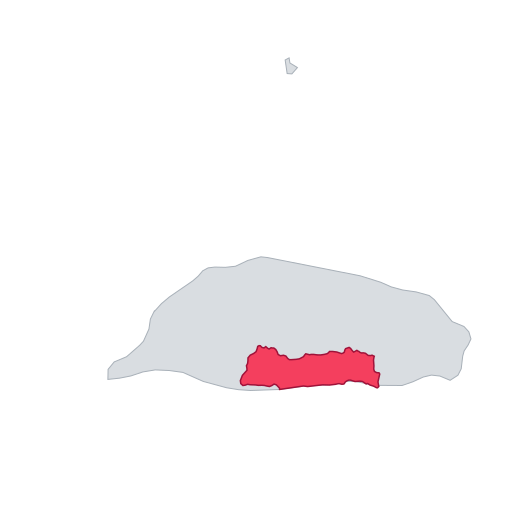 Taiwan, with Hualien highlighted, rotated 72°
{"feature_id": "TWN-1172", "entity_name": "Hualien", "entity_type": "County", "adm_level": 1, "iso_a3": "TWN", "parent_name": "Taiwan", "parent_adm1": "", "projection": "mercator", "projection_center": [121.379, 23.74], "detail": "fine", "context": "in_parent", "style": "filled", "palette": "rose", "viewbox_px": 512, "rotation_deg": 72, "n_neighbors": 0, "source": "natural_earth", "source_scale": "10m", "svg_char_len": 2593}
<svg xmlns="http://www.w3.org/2000/svg" viewBox="0 0 512 512"><g transform="rotate(72 256 256)"><path d="M344.1,361.5L338.1,373.9L333.2,387.0L331.3,399.4L331.4,412.1L330.0,423.6L327.6,435.0L318.1,431.7L312.9,423.6L311.8,410.2L304.9,394.1L302.3,389.4L292.4,380.4L283.3,375.9L276.4,369.2L277.3,369.7L272.1,360.7L268.2,351.1L260.1,323.8L257.3,317.2L253.6,311.2L252.5,305.2L253.8,298.6L257.3,288.7L259.4,278.7L257.7,265.1L258.3,251.6L261.0,245.6L307.0,163.1L319.5,145.5L327.2,136.9L333.6,127.1L339.7,114.7L347.2,103.4L352.6,99.9L379.0,89.7L387.3,80.0L393.9,77.0L401.3,77.2L406.2,81.8L410.5,87.3L415.0,90.3L426.7,95.7L431.8,100.8L434.2,109.8L427.0,118.2L423.5,125.9L422.8,134.3L424.1,145.7L424.3,157.1L415.4,183.9L405.8,200.5L403.2,208.8L400.3,229.4L394.7,250.0L389.9,276.0L382.2,302.8L377.7,314.0L372.2,324.7L359.0,344.9L344.1,361.5ZM89.6,158.4L93.9,165.6L92.1,170.0L78.6,167.7L77.8,163.3L82.9,164.1L89.6,158.4Z" fill="#d9dde1" stroke="#a8b0b8" stroke-width="1"/><path d="M418.0,179.5L418.2,179.8L418.5,180.4L418.8,180.9L418.9,181.3L418.4,182.2L416.2,184.3L413.9,187.5L412.1,188.9L411.6,189.7L411.8,190.4L411.5,191.0L409.0,192.9L408.1,193.8L407.1,196.0L406.0,200.6L403.2,204.6L402.7,206.2L402.8,208.0L403.4,209.9L404.0,210.8L404.5,211.2L404.8,211.7L404.8,212.9L404.4,214.2L403.1,216.3L402.8,217.6L402.6,220.0L401.4,226.1L399.1,232.4L396.1,247.3L394.3,251.0L390.2,274.8L388.9,274.5L384.9,276.4L383.4,278.4L384.1,281.0L384.3,283.5L382.9,286.1L381.7,288.0L380.7,290.5L379.8,293.6L378.4,296.5L376.6,301.4L375.4,303.7L375.5,306.2L375.1,308.5L372.7,309.9L369.7,309.4L365.3,305.8L361.9,299.9L359.8,299.3L357.4,299.0L355.6,297.2L353.3,296.1L350.4,295.1L348.5,292.1L348.1,289.3L348.0,288.4L347.0,285.5L344.6,283.6L342.5,282.3L342.2,280.8L342.7,279.6L344.7,278.7L345.9,276.8L345.2,274.7L347.4,273.4L348.5,272.3L347.9,270.0L348.5,269.0L349.0,267.5L351.0,266.1L353.7,265.5L356.5,265.4L358.4,263.6L358.9,260.5L360.4,258.5L363.3,257.5L364.9,256.3L365.5,254.5L366.7,249.7L367.2,246.6L366.8,244.0L366.4,241.9L365.2,240.4L364.4,238.9L366.5,235.5L366.6,234.1L367.5,231.4L369.0,228.3L370.1,225.0L370.7,221.3L370.9,218.5L370.3,216.8L369.5,215.6L370.4,212.8L372.3,208.8L375.2,204.9L375.3,203.5L374.8,201.8L372.8,200.5L371.8,199.4L371.7,195.7L373.1,194.6L375.5,193.8L377.5,192.9L377.4,191.6L376.9,189.2L377.9,188.5L378.4,187.7L379.6,187.1L380.8,185.7L381.3,183.8L382.4,181.9L385.2,180.1L386.1,177.8L386.2,176.3L387.9,174.5L388.9,175.2L391.3,176.4L396.9,177.8L400.0,179.0L402.4,179.0L404.2,177.3L405.1,175.1L406.5,174.8L413.4,178.9L417.5,179.5L418.0,179.5Z" fill="#f43f5e" stroke="#9f1239" stroke-width="1.5"/></g></svg>